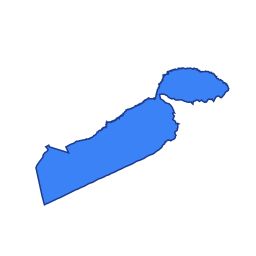 outline of Itilima, Simiyu, United Republic of Tanzania, rotated 155°
{"feature_id": "72390352B56378812232391", "entity_name": "Itilima", "entity_type": "district", "adm_level": 2, "iso_a3": "TZA", "parent_name": "United Republic of Tanzania", "parent_adm1": "Simiyu", "projection": "robinson", "projection_center": [34.228, -2.888], "detail": "fine", "context": "isolated", "style": "filled", "palette": "blue", "viewbox_px": 256, "rotation_deg": 155, "n_neighbors": 0, "source": "geoboundaries", "source_scale": "gbopen_adm2", "svg_char_len": 5777}
<svg xmlns="http://www.w3.org/2000/svg" viewBox="0 0 256 256"><g transform="rotate(155 128 128)"><path d="M236.2,93.7L234.0,93.9L233.1,93.7L221.7,93.8L219.0,93.6L201.9,94.1L198.9,93.8L196.5,94.0L192.1,93.8L186.3,94.2L183.3,93.7L176.4,94.3L174.5,94.0L170.7,93.8L167.8,94.1L165.3,93.7L162.8,93.9L157.1,93.7L155.4,94.0L151.3,93.8L147.3,94.0L139.0,93.7L134.3,94.2L130.8,93.8L126.4,93.7L122.7,94.3L118.6,94.2L116.7,93.9L115.5,94.0L111.5,95.0L109.4,95.1L107.4,95.8L107.0,95.7L105.4,96.4L103.0,98.2L101.6,98.1L101.1,98.7L100.5,99.1L100.4,99.7L99.7,99.4L98.9,99.9L96.8,100.2L96.4,99.7L94.8,98.9L94.6,98.3L93.3,98.6L91.3,98.5L89.8,98.9L88.7,100.1L87.8,101.5L87.8,101.8L87.7,101.7L87.7,103.3L87.5,104.4L84.4,105.2L84.0,105.5L83.5,106.7L82.7,107.1L81.8,109.6L81.0,110.3L80.3,110.3L81.2,111.3L82.6,111.6L82.4,113.9L82.7,115.2L83.3,115.6L83.9,116.7L80.9,119.3L81.3,120.3L81.3,122.6L80.3,122.6L79.5,122.0L79.6,123.2L79.2,125.0L79.4,125.7L79.2,127.1L79.6,130.2L80.5,132.5L83.6,135.2L83.6,136.1L84.6,138.3L86.0,140.5L86.1,141.2L85.4,144.3L85.1,145.1L83.5,144.7L82.1,143.8L81.2,143.5L80.7,143.1L80.3,142.4L78.9,140.9L78.5,139.3L77.8,137.9L76.9,137.1L76.4,136.1L75.7,135.7L74.1,135.6L73.5,134.0L72.8,133.1L69.9,131.8L67.9,131.2L65.6,128.6L62.6,125.9L59.7,124.8L59.7,123.6L59.1,122.2L58.3,123.5L57.5,124.4L56.4,124.2L53.8,124.4L52.8,123.5L52.2,122.0L49.5,122.2L49.2,121.3L48.4,119.9L47.5,118.8L46.8,118.9L46.4,118.4L46.0,118.4L43.1,120.1L42.3,119.8L41.0,118.9L39.6,118.7L39.8,118.0L39.2,116.7L39.1,116.0L35.6,118.7L35.2,118.9L34.5,118.8L33.7,119.1L32.9,119.1L31.8,117.8L31.3,116.5L30.3,116.0L26.7,117.7L24.2,119.4L23.9,119.5L22.9,119.4L21.1,119.8L20.6,120.7L20.1,121.0L20.2,122.2L19.8,124.4L20.6,125.1L20.7,125.5L20.1,125.7L20.0,126.1L20.8,126.9L20.6,127.2L21.6,128.5L21.9,128.6L22.2,128.3L22.5,128.5L22.4,130.4L23.5,132.1L23.6,132.7L24.6,132.7L25.2,133.5L25.4,134.6L26.6,135.4L26.6,136.4L26.0,137.1L26.7,137.3L26.9,137.7L26.7,138.1L26.8,138.9L27.2,139.1L27.2,140.4L27.7,140.9L27.8,141.5L28.5,141.7L29.1,142.5L28.8,143.0L29.0,143.2L29.9,143.6L30.7,143.5L30.9,143.7L31.0,145.0L31.8,145.3L32.4,145.8L33.2,146.0L33.5,146.7L34.3,146.6L36.3,147.3L36.6,147.7L37.2,147.7L37.8,148.1L38.9,148.3L38.8,149.8L39.1,150.0L39.6,149.8L39.9,151.0L40.9,151.2L40.3,152.2L41.7,153.2L42.9,153.8L42.9,154.3L43.4,154.2L43.8,153.7L44.1,153.8L45.2,155.1L46.9,156.3L48.0,156.4L49.0,157.2L50.4,157.1L53.3,159.5L54.3,159.1L54.7,159.8L56.0,159.7L56.1,160.3L57.2,160.9L57.9,160.2L58.8,160.1L59.2,160.5L59.7,160.7L60.2,161.3L60.5,160.9L60.9,160.9L61.7,161.7L62.3,161.5L62.7,161.7L63.0,161.4L63.2,161.7L63.8,161.4L64.2,162.0L65.0,162.0L65.2,161.4L65.9,162.1L67.0,161.8L67.7,162.3L68.2,162.4L68.8,162.2L69.0,161.7L69.0,161.4L68.6,161.5L68.1,160.8L68.3,160.5L68.7,160.4L68.8,160.0L69.5,160.7L69.9,160.2L70.5,160.5L70.6,161.1L70.7,160.7L71.7,160.3L71.9,160.8L72.1,160.8L72.0,161.3L72.4,160.8L72.6,160.8L72.9,161.1L73.6,160.4L73.6,160.2L73.2,160.1L73.5,159.7L74.2,159.2L74.3,159.9L74.8,158.7L75.6,158.2L76.3,157.4L76.2,157.0L76.6,157.2L76.8,156.8L77.3,156.5L77.7,155.8L78.4,155.6L78.7,155.1L78.8,155.1L78.9,155.5L79.4,155.0L80.3,155.0L80.8,154.2L81.5,154.7L81.6,154.4L81.3,153.9L81.8,153.3L81.7,152.8L82.2,152.5L82.2,152.1L82.7,152.1L83.1,151.5L83.6,151.5L83.6,151.0L85.1,150.4L85.1,149.9L86.2,149.0L87.6,147.2L87.6,146.9L87.9,146.8L87.7,146.3L88.1,146.2L88.3,146.2L88.9,145.6L89.6,144.4L90.2,144.2L90.7,143.8L91.2,143.9L90.8,143.1L91.2,143.0L91.6,143.6L91.9,143.0L92.6,143.9L95.5,145.1L96.4,145.8L96.4,146.4L96.8,146.6L97.1,146.5L97.4,146.0L97.9,145.8L98.2,146.0L98.8,145.9L98.9,146.1L99.8,145.7L100.3,145.9L100.5,146.2L100.9,145.9L101.4,146.0L101.8,145.6L102.5,145.7L102.8,145.0L103.3,145.3L103.6,144.9L104.1,144.6L104.3,144.8L105.2,144.6L105.5,144.9L106.2,144.7L106.4,144.3L106.8,144.3L107.1,144.8L107.4,144.3L108.2,144.2L108.5,144.7L108.7,144.3L109.3,144.8L110.5,144.4L110.7,144.7L111.3,144.5L111.6,145.0L112.0,145.1L112.8,144.4L114.7,144.3L115.6,144.4L115.6,144.1L116.3,143.9L117.1,144.5L118.3,144.5L118.5,144.4L118.8,144.6L119.4,144.6L119.8,145.0L120.0,144.7L120.2,144.9L121.5,145.0L122.1,144.7L122.3,144.9L122.6,144.3L124.2,144.0L124.5,143.6L125.9,143.0L126.3,143.2L126.4,142.7L126.7,142.7L127.0,142.0L127.6,142.1L127.8,141.7L128.4,142.5L129.0,142.2L129.0,141.8L129.6,141.7L129.8,142.1L130.2,141.8L130.8,141.9L131.0,141.3L131.6,140.9L131.5,141.3L131.9,141.5L132.0,141.2L132.1,141.5L132.4,141.4L132.4,141.0L132.7,141.4L133.2,141.2L133.2,141.4L133.4,141.5L133.6,141.3L133.7,141.6L134.3,141.7L134.8,140.9L135.2,141.0L135.6,140.7L135.5,140.4L135.9,140.2L136.3,140.5L136.7,140.3L136.7,140.8L137.0,140.9L137.9,140.7L138.0,140.5L138.4,140.5L138.6,140.2L138.9,140.7L139.2,140.6L139.4,141.0L140.1,140.6L140.3,140.8L140.8,140.4L141.2,140.9L141.7,140.6L142.0,141.2L142.7,141.2L143.5,142.0L144.4,141.6L144.5,142.2L144.7,141.8L145.0,141.7L145.3,142.0L145.5,141.2L145.8,141.1L145.7,140.6L146.1,140.2L146.5,140.2L146.3,139.7L147.1,139.0L146.9,138.6L147.8,138.3L147.9,137.9L148.5,138.6L149.1,138.6L149.4,138.4L149.7,138.7L150.1,138.4L150.6,138.8L151.1,138.5L151.5,137.8L152.1,137.6L152.3,137.9L152.5,137.5L153.8,137.2L154.0,137.3L153.8,137.5L154.0,137.8L155.5,137.8L156.3,137.5L156.7,137.1L157.3,137.0L157.6,137.3L158.2,136.7L160.1,135.6L162.4,135.5L162.7,135.1L163.6,134.8L165.7,134.9L166.1,134.5L166.5,134.6L166.9,134.9L167.5,134.8L167.6,134.6L168.3,134.9L168.9,134.8L169.5,135.0L170.3,135.7L170.7,135.3L171.5,135.6L172.3,135.5L172.7,135.8L177.2,136.9L179.0,137.1L180.0,137.7L181.1,137.7L182.2,137.2L183.2,137.1L186.9,137.4L192.3,137.1L192.3,130.6L207.1,144.0L207.1,145.9L210.5,145.7L209.8,143.5L209.6,142.0L211.7,140.9L213.7,140.8L215.9,139.6L216.8,138.8L217.4,137.6L218.0,137.2L222.5,134.9L226.4,132.6L228.2,130.9L234.4,103.5L234.2,103.5L234.4,103.5L234.6,102.5L236.2,93.7Z" fill="#3b82f6" stroke="#1e3a8a" stroke-width="1.5"/></g></svg>